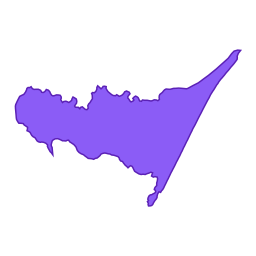 Jandaíra, Bahia, Brazil (Mercator projection)
{"feature_id": "56859067B28100829711010", "entity_name": "Jandaíra", "entity_type": "district", "adm_level": 2, "iso_a3": "BRA", "parent_name": "Brazil", "parent_adm1": "Bahia", "projection": "mercator", "projection_center": [-37.598, -11.607], "detail": "fine", "context": "isolated", "style": "filled", "palette": "violet", "viewbox_px": 256, "rotation_deg": 0, "n_neighbors": 0, "source": "geoboundaries", "source_scale": "gbopen_adm2", "svg_char_len": 4354}
<svg xmlns="http://www.w3.org/2000/svg" viewBox="0 0 256 256"><path d="M28.1,87.5L26.9,88.4L26.6,89.7L25.5,92.1L23.8,94.4L21.8,95.3L19.7,96.4L18.7,98.3L18.0,99.7L17.1,101.5L16.4,103.1L15.7,104.6L15.4,106.2L15.5,108.5L16.0,114.0L16.3,117.9L16.6,119.6L17.7,121.6L18.8,123.2L21.3,123.3L23.3,123.6L24.2,125.0L25.9,126.1L27.6,127.3L27.4,129.2L27.0,130.7L28.8,131.5L30.2,132.5L30.8,133.8L31.8,135.5L33.2,136.8L35.0,137.7L36.0,139.2L37.0,140.8L38.4,141.8L40.4,142.3L41.6,142.0L43.6,142.3L45.8,143.2L47.6,144.9L47.4,146.3L48.2,148.2L49.4,150.3L50.1,151.6L51.3,152.7L52.8,154.8L52.1,147.4L51.4,146.1L51.2,144.8L51.6,143.0L52.2,140.9L53.3,139.8L55.3,138.8L57.9,138.7L59.7,139.4L61.0,140.0L62.5,140.8L64.0,140.8L65.9,141.0L67.2,140.3L68.6,140.2L69.9,142.0L71.3,142.8L72.4,143.6L73.8,144.5L74.9,145.7L76.1,147.2L76.7,148.9L77.4,150.6L79.1,152.5L81.2,153.8L83.5,154.7L85.0,156.0L86.7,157.2L88.2,158.4L90.3,158.6L92.0,158.8L93.7,159.3L95.2,158.4L97.2,158.0L98.4,157.0L100.0,155.6L101.0,154.1L102.7,153.4L104.8,153.0L106.3,153.3L108.2,153.8L109.9,154.0L111.7,155.0L113.7,155.2L115.3,155.7L118.0,156.6L119.2,158.0L119.5,159.4L120.7,161.0L122.5,161.5L123.4,162.9L125.2,165.2L126.8,166.5L128.0,167.8L129.1,166.8L130.5,165.7L132.0,166.3L132.8,167.5L133.7,169.4L134.6,171.2L135.9,172.1L137.4,173.0L138.9,173.9L141.1,174.5L143.0,174.2L145.2,174.5L146.7,173.8L149.2,173.0L150.9,172.2L152.6,172.8L152.1,174.3L151.5,176.0L153.3,177.1L155.0,176.6L157.2,177.1L157.6,178.7L157.3,180.9L156.7,183.0L156.7,185.6L155.5,186.8L154.6,188.2L154.3,189.6L155.4,190.4L155.7,191.9L154.6,193.2L153.3,193.7L151.7,194.7L150.3,194.9L149.1,195.8L148.2,197.5L147.8,199.2L148.5,200.6L147.4,201.6L148.3,203.2L148.1,204.6L148.5,205.9L150.1,205.9L151.7,205.5L152.8,204.4L153.4,203.0L154.2,201.7L155.1,200.3L156.1,199.2L157.0,197.6L157.1,196.1L157.7,193.8L159.0,191.8L160.6,192.4L161.5,190.8L162.7,189.6L163.8,187.7L164.4,186.3L165.1,184.9L165.8,183.5L166.6,181.8L167.4,180.1L168.2,178.7L168.8,177.3L169.6,175.7L170.4,174.0L171.0,172.7L171.9,171.1L172.7,169.5L173.5,168.0L174.7,165.7L175.7,163.6L176.6,161.7L177.3,160.5L178.0,159.1L178.8,157.5L179.7,155.9L180.3,154.6L181.2,152.6L182.1,151.0L183.6,147.6L184.3,146.4L185.2,144.5L186.7,141.4L187.6,139.8L188.3,138.2L189.1,136.6L189.7,135.3L191.0,132.6L191.9,130.9L192.8,128.8L194.1,126.5L195.0,124.9L196.7,121.5L198.1,118.6L199.7,115.5L201.0,113.1L202.6,109.9L204.1,107.0L205.3,104.7L206.3,102.8L207.5,100.5L208.9,98.1L210.5,94.8L212.7,91.3L213.7,89.9L215.4,87.1L216.7,84.9L217.8,83.6L218.8,81.8L220.7,79.3L222.2,77.7L223.1,76.6L224.4,75.1L225.6,73.5L226.6,72.3L228.4,70.3L230.0,68.3L231.1,66.9L232.3,65.6L233.6,64.1L235.0,62.3L236.2,60.7L237.1,59.4L237.3,57.7L237.2,56.1L238.4,53.2L240.6,50.4L237.7,50.1L234.1,51.1L231.6,53.7L229.9,56.0L228.2,58.3L223.3,62.7L218.7,66.8L216.4,68.9L212.2,72.3L208.3,75.5L204.7,78.1L198.4,82.8L192.9,85.6L190.0,87.2L187.8,88.4L186.4,88.8L184.8,88.6L181.5,88.3L178.6,88.1L176.1,88.3L173.4,88.4L171.3,89.0L170.0,89.3L168.1,89.2L166.1,89.0L164.6,89.8L163.4,91.1L162.3,92.5L161.0,93.5L159.9,94.4L159.3,95.6L159.1,97.3L159.4,99.4L157.9,100.7L156.4,100.0L154.2,99.8L152.5,100.6L151.1,101.0L149.4,100.7L147.3,100.3L144.6,100.3L142.5,100.0L141.4,101.3L139.6,100.9L138.8,99.0L138.1,97.6L136.9,96.7L135.6,96.1L134.4,96.8L132.8,98.4L133.9,100.0L132.8,101.2L131.0,101.9L129.9,100.9L129.0,99.4L127.9,98.1L127.8,96.6L128.8,95.2L130.0,93.8L129.2,92.2L127.8,91.6L126.5,91.0L124.7,91.8L123.6,93.6L122.2,95.0L121.0,95.7L119.2,96.3L117.9,95.4L116.7,94.7L115.5,95.7L113.2,95.5L111.6,94.6L110.5,93.7L109.5,92.9L108.0,91.6L107.0,90.1L106.0,88.4L106.2,86.6L104.5,86.2L103.1,86.4L102.3,87.7L101.0,88.8L99.5,87.4L97.7,85.8L96.9,87.3L96.8,89.3L95.8,91.5L94.2,92.8L92.6,92.5L91.6,93.4L92.2,95.0L92.3,96.4L92.4,98.8L91.0,100.9L90.0,102.6L88.7,103.9L87.8,105.7L88.2,108.3L86.9,109.7L85.3,109.4L83.9,108.2L82.3,106.8L80.5,107.4L79.8,108.7L78.3,107.3L76.9,107.3L75.3,107.2L74.6,106.0L75.4,104.7L76.5,103.2L76.8,101.2L76.3,99.0L74.8,98.0L73.0,97.0L72.0,98.8L71.6,100.4L70.4,101.4L68.9,102.5L67.2,101.7L65.9,101.2L63.8,101.5L62.5,102.5L61.6,101.2L60.7,99.4L61.3,98.1L61.1,96.7L60.2,95.3L58.6,95.0L56.4,94.9L54.5,95.6L53.0,95.9L51.7,95.3L50.5,93.5L49.8,91.8L48.4,90.2L46.3,89.5L45.6,90.6L44.7,91.7L43.2,92.5L41.7,92.3L40.6,90.3L38.4,89.3L35.9,89.3L33.9,89.4L32.3,88.6L31.1,86.7L29.7,87.6L28.1,87.5Z" fill="#8b5cf6" stroke="#5b21b6" stroke-width="1.5"/></svg>